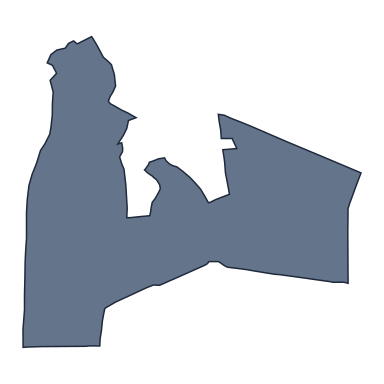 outline of Al-Mejar Al-Kabir, Maysan, Iraq
{"feature_id": "34846034B74630941173951", "entity_name": "Al-Mejar Al-Kabir", "entity_type": "district", "adm_level": 2, "iso_a3": "IRQ", "parent_name": "Iraq", "parent_adm1": "Maysan", "projection": "orthographic", "projection_center": [47.287, 31.432], "detail": "fine", "context": "isolated", "style": "filled", "palette": "slate", "viewbox_px": 384, "rotation_deg": 0, "n_neighbors": 0, "source": "geoboundaries", "source_scale": "gbopen_adm2", "svg_char_len": 2223}
<svg xmlns="http://www.w3.org/2000/svg" viewBox="0 0 384 384"><path d="M99.8,346.0L100.1,338.9L101.5,330.1L102.4,321.0L103.6,314.4L104.8,308.4L107.6,306.7L115.1,302.3L120.3,299.9L122.2,299.0L146.4,287.8L153.5,285.0L159.6,285.3L162.3,284.1L188.7,272.4L195.0,269.6L199.3,267.7L204.9,265.2L207.5,263.6L208.9,261.6L211.0,261.6L212.4,261.6L215.9,261.6L218.5,261.6L220.2,262.7L224.2,265.5L225.9,266.4L227.2,267.1L231.2,267.7L238.0,268.5L246.5,269.6L253.8,270.9L274.0,274.2L280.1,274.7L330.4,281.7L333.2,282.3L343.8,282.2L348.1,283.3L348.0,274.2L347.9,250.6L347.8,231.3L348.0,214.0L348.0,208.8L349.6,203.6L356.8,184.0L361.0,172.9L330.7,160.1L285.6,141.2L253.2,127.2L241.3,122.3L229.8,117.8L224.3,115.2L218.3,114.3L219.1,121.0L220.7,130.0L221.3,138.5L228.6,138.5L232.1,138.5L236.8,148.5L231.4,149.0L228.1,149.3L222.8,149.7L224.0,157.3L224.7,162.7L225.4,172.5L228.4,188.3L229.4,194.3L221.0,197.5L215.2,199.8L210.5,202.2L208.4,202.7L205.0,196.5L204.1,195.0L200.6,189.2L195.4,183.2L192.3,179.9L190.0,177.5L182.6,171.2L177.1,167.0L172.4,165.5L169.4,163.9L166.0,160.7L164.6,157.9L158.9,158.7L153.3,160.9L149.4,162.2L148.5,164.7L147.1,166.5L145.5,168.9L144.5,169.9L147.2,172.5L149.7,174.4L152.2,176.0L153.9,177.7L156.5,179.7L158.2,182.4L159.7,185.0L160.3,188.5L159.7,190.2L158.0,193.5L155.2,198.5L152.2,202.4L151.1,208.0L150.5,212.4L149.8,215.7L139.1,216.7L134.4,217.2L129.7,217.7L126.8,217.6L127.2,208.1L126.4,194.6L125.9,185.7L124.0,169.2L121.7,163.7L119.6,156.9L122.5,151.7L122.7,148.3L121.7,142.8L117.8,144.0L123.3,135.5L126.7,128.7L128.5,120.5L136.1,117.7L127.7,112.9L121.8,110.2L115.9,106.8L110.3,103.7L108.4,101.3L110.1,96.6L112.9,92.0L115.6,86.1L114.4,74.8L112.5,68.3L111.4,64.6L108.3,61.6L103.3,57.2L98.1,47.4L96.2,44.0L93.1,38.8L91.6,36.6L84.3,40.3L77.2,43.9L73.6,40.9L68.6,43.3L65.2,48.2L56.9,50.0L50.9,54.6L47.2,62.9L52.4,65.3L56.6,73.3L50.1,80.3L53.2,92.0L52.4,103.6L52.3,115.0L51.0,126.9L49.7,134.3L45.0,143.7L40.5,150.5L36.8,162.4L35.7,165.4L32.1,174.4L28.9,185.7L27.3,199.2L26.5,212.6L26.5,226.4L26.5,238.4L25.6,251.5L25.1,262.9L24.9,278.0L24.5,294.0L24.5,309.9L23.0,329.1L23.1,347.4L28.3,347.0L41.7,346.6L85.8,346.3L89.7,345.9L91.8,345.9L96.0,345.9L99.8,346.0Z" fill="#64748b" stroke="#1e293b" stroke-width="1.5"/></svg>